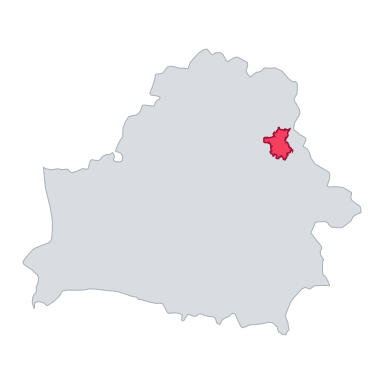 Orsha, Vitebsk, Belarus shown in context
{"feature_id": "67162791B52368794321360", "entity_name": "Orsha", "entity_type": "district", "adm_level": 2, "iso_a3": "BLR", "parent_name": "Belarus", "parent_adm1": "Vitebsk", "projection": "albers", "projection_center": [30.362, 54.544], "detail": "fine", "context": "in_parent", "style": "filled", "palette": "rose", "viewbox_px": 384, "rotation_deg": 0, "n_neighbors": 0, "source": "geoboundaries", "source_scale": "gbopen_adm2", "svg_char_len": 8554}
<svg xmlns="http://www.w3.org/2000/svg" viewBox="0 0 384 384"><path d="M329.5,285.7L322.7,285.4L314.5,285.7L310.0,289.0L305.0,287.4L301.4,289.3L293.4,298.1L290.3,302.9L287.3,310.2L285.4,315.6L286.5,319.4L288.0,322.9L288.3,326.6L289.1,329.6L287.1,331.8L285.9,334.9L282.4,334.3L278.2,331.4L277.3,327.0L274.0,324.0L271.9,322.5L268.4,322.2L262.7,323.6L255.3,324.6L249.8,324.8L246.7,326.3L242.2,327.8L240.5,326.0L238.1,321.0L236.1,316.1L234.8,314.0L233.6,313.4L232.1,313.5L230.3,315.0L229.0,316.5L224.3,318.3L222.2,320.0L219.9,324.4L218.4,324.0L216.8,323.0L215.2,317.9L212.8,316.7L208.9,316.5L204.1,315.3L200.2,313.7L198.8,314.0L196.4,316.1L193.9,316.3L188.4,314.2L187.3,315.0L183.9,320.4L182.4,320.7L181.6,319.9L182.3,315.1L179.1,313.3L173.7,312.8L169.9,313.4L168.0,313.1L167.1,312.1L162.9,303.9L160.4,303.2L156.0,303.4L149.6,302.1L142.3,299.9L138.2,299.0L136.2,297.1L131.6,296.2L119.5,292.1L114.6,291.1L107.2,290.6L96.0,289.1L88.8,288.9L85.3,289.8L81.4,290.2L68.0,290.1L63.2,290.6L61.6,292.1L59.7,295.7L53.7,301.6L47.9,305.4L46.9,305.7L44.0,303.1L41.4,302.1L38.4,301.6L36.1,302.1L34.7,303.0L34.4,308.0L34.0,308.4L32.2,302.3L32.9,297.0L34.5,294.1L36.4,291.5L36.1,287.4L38.2,282.1L38.6,278.2L38.1,276.5L37.0,274.4L33.8,271.9L32.4,270.1L28.0,267.3L23.6,264.1L23.0,262.3L23.4,261.1L24.4,259.4L28.4,254.5L32.7,249.8L35.4,248.0L48.9,242.7L51.1,240.6L51.9,236.7L52.4,228.9L52.3,221.7L51.8,216.7L50.2,207.3L45.4,187.6L43.4,167.4L45.9,168.8L51.8,169.8L56.7,168.9L59.2,169.0L61.3,169.6L67.7,169.1L69.1,171.0L71.7,172.8L77.4,171.0L82.5,168.6L87.5,169.3L88.3,168.0L90.1,161.1L91.8,159.7L97.7,160.8L100.0,159.7L102.6,156.4L106.3,154.5L109.3,154.8L112.5,152.6L113.9,154.3L114.5,157.2L113.3,159.5L113.6,160.4L115.7,161.7L119.4,161.9L121.8,161.1L122.4,159.8L122.6,157.4L122.1,155.1L120.7,153.1L117.9,151.9L115.9,151.7L115.6,150.5L116.5,147.9L118.6,143.2L121.1,138.9L122.5,137.4L122.8,135.9L122.8,133.2L123.0,128.4L125.4,121.8L128.4,117.0L132.0,115.6L136.3,115.0L139.2,112.8L140.8,110.1L142.2,105.8L143.6,105.0L153.9,106.2L155.7,101.9L156.6,100.8L158.6,99.6L160.1,98.1L159.6,96.9L157.1,96.0L150.9,95.0L149.8,93.5L150.3,91.8L152.1,87.5L154.0,81.9L155.1,77.5L155.3,74.9L156.2,74.2L161.2,73.6L162.9,72.8L167.5,67.0L170.8,66.1L179.2,68.1L183.0,68.1L187.9,68.7L188.3,68.1L190.3,62.2L198.9,52.9L203.5,49.8L206.3,49.1L207.3,49.3L211.5,54.5L212.6,54.8L215.6,52.7L220.7,52.7L223.0,54.5L226.3,60.8L228.0,61.6L233.1,58.2L235.9,57.1L237.7,57.2L247.0,62.1L247.6,63.7L247.7,65.5L246.1,71.1L248.0,74.6L250.3,77.0L255.2,73.2L257.0,72.1L259.0,72.1L261.6,70.7L263.5,68.5L265.3,67.8L268.8,68.3L275.0,67.8L282.3,71.2L283.0,72.3L286.6,76.3L287.9,78.2L289.1,78.9L291.1,80.8L293.7,82.0L295.5,81.6L296.4,82.3L297.2,83.8L297.3,86.4L297.1,93.9L294.5,97.8L294.1,99.2L294.3,100.8L296.4,104.0L299.1,109.0L299.8,111.9L299.8,114.1L296.1,120.5L294.9,122.0L294.1,125.2L293.7,128.4L293.9,129.7L300.2,134.8L304.9,137.5L305.9,138.8L306.0,139.7L303.6,145.2L303.4,146.6L307.1,148.9L309.2,152.4L311.1,158.2L314.8,163.8L328.2,171.7L329.4,173.1L329.8,174.9L329.5,178.7L327.2,186.0L329.5,187.1L335.4,186.6L342.6,187.4L351.4,192.3L351.5,194.6L350.6,196.7L351.3,198.9L352.3,200.8L360.0,206.3L360.7,207.9L361.0,210.7L360.8,212.8L358.8,213.3L356.5,214.3L352.8,216.9L351.4,220.4L345.4,225.4L341.6,227.7L338.6,227.8L331.3,227.0L328.8,224.7L327.7,222.6L324.9,221.6L321.2,221.6L316.1,222.1L315.1,222.7L314.3,225.4L312.2,230.0L310.7,232.6L317.3,241.5L320.6,245.2L321.7,247.4L321.7,249.1L320.2,251.0L320.5,254.8L323.7,259.8L322.7,260.7L322.5,266.9L322.6,273.5L323.5,275.1L325.2,276.4L326.7,278.8L329.3,284.2L329.5,285.7Z" fill="#d9dde1" stroke="#a8b0b8" stroke-width="1"/><path d="M292.5,151.3L292.6,150.8L292.7,150.4L292.7,150.1L292.3,149.8L292.0,149.7L291.6,149.4L291.4,149.1L291.2,148.6L290.9,148.1L290.7,147.8L290.4,147.6L290.0,147.5L289.8,147.7L289.5,147.7L289.3,147.5L289.0,147.2L288.9,147.0L288.8,146.8L288.8,146.5L289.0,146.4L289.1,146.2L289.1,145.9L288.9,145.5L288.7,145.2L288.6,144.7L288.5,144.4L288.3,144.2L288.0,144.0L287.9,143.7L287.8,143.3L287.8,143.1L287.8,142.8L287.7,142.6L287.5,142.4L287.3,142.4L287.0,142.6L286.6,142.7L286.2,142.7L285.8,142.2L285.7,141.7L285.8,141.0L285.7,140.7L285.4,140.6L285.2,140.6L285.0,140.4L284.9,140.2L285.0,139.7L285.2,139.1L285.8,138.9L286.1,138.7L286.4,138.4L286.4,138.1L286.0,137.9L285.7,137.8L285.6,137.6L285.7,137.4L285.9,137.4L286.1,137.4L286.3,137.4L286.8,137.4L287.0,137.2L287.3,136.7L287.5,136.5L287.7,136.2L287.9,135.9L288.0,135.7L288.0,135.3L287.9,135.0L287.8,134.7L287.9,134.4L287.8,134.0L287.6,133.6L287.6,133.2L287.6,132.8L287.7,132.4L287.8,132.1L288.1,131.6L288.6,131.1L289.0,130.7L289.3,130.3L289.5,130.1L289.6,129.8L289.7,129.4L289.9,128.8L289.6,128.9L289.3,129.1L289.1,129.2L288.9,129.3L288.6,129.4L288.4,129.5L288.0,129.8L287.7,129.9L287.3,129.9L287.0,129.9L286.9,129.8L286.7,129.7L286.4,129.5L286.3,129.4L286.1,129.3L285.9,129.6L285.6,129.8L285.5,129.7L285.4,129.6L285.4,129.4L285.2,129.1L284.9,129.0L284.8,129.4L284.8,129.6L284.8,129.9L284.9,130.2L284.8,130.4L284.5,130.5L284.2,130.4L283.9,130.2L283.6,130.0L283.3,129.8L283.0,129.7L282.8,129.6L282.7,129.6L282.3,129.7L281.9,129.7L281.6,129.8L281.2,129.8L280.9,129.7L280.6,129.6L280.4,129.5L280.1,129.3L279.9,129.2L279.7,129.0L279.6,128.7L279.5,128.3L279.4,128.0L279.4,127.8L279.3,127.6L279.1,127.5L278.9,127.4L278.6,127.5L278.3,127.7L278.3,128.1L278.4,128.4L278.5,128.6L278.4,128.9L278.3,129.1L278.2,129.2L278.1,129.3L277.9,129.5L277.8,129.9L277.7,130.2L277.6,130.3L277.5,130.5L277.3,130.6L277.0,130.7L276.7,130.8L276.5,131.0L276.6,131.3L276.8,131.6L276.8,131.9L276.7,132.1L276.5,132.3L276.3,132.4L275.9,132.6L275.6,132.7L275.3,132.6L275.1,132.6L274.8,132.4L274.7,132.2L274.3,132.2L274.1,132.3L273.9,132.7L274.0,133.0L273.9,133.3L273.5,133.5L273.4,133.8L273.2,134.0L273.3,134.3L273.4,134.6L273.7,134.8L274.0,135.0L274.4,135.5L274.5,135.8L274.7,136.0L274.9,136.4L274.9,136.5L274.6,136.6L274.4,136.4L274.2,136.2L273.8,136.1L273.5,136.2L273.3,136.3L273.0,136.6L272.7,137.0L272.3,137.3L272.0,137.3L271.8,137.4L271.6,137.4L271.2,137.3L270.9,137.3L270.5,137.4L270.2,137.5L269.9,137.6L269.6,137.8L269.1,138.0L268.9,138.0L268.7,138.1L268.4,138.0L268.2,137.8L268.0,137.5L267.8,137.4L267.6,137.3L267.3,137.3L267.2,137.4L267.0,137.7L266.8,137.9L266.6,138.1L266.3,138.2L266.2,138.0L266.2,137.9L266.2,137.6L265.9,137.5L265.7,137.5L265.2,137.5L264.8,137.5L264.4,137.6L264.2,137.9L264.1,138.1L264.0,138.3L263.8,138.5L263.8,139.0L263.9,139.3L264.0,139.6L264.0,139.8L263.9,140.1L263.9,140.3L264.1,140.5L263.9,140.9L263.8,141.2L263.9,141.6L264.0,142.0L264.2,142.3L264.6,142.4L265.3,142.6L265.9,142.6L266.3,142.6L266.8,142.6L267.3,142.5L267.5,142.3L267.8,142.2L268.2,142.1L268.6,142.1L268.8,142.1L268.8,142.3L268.6,142.5L268.4,142.8L268.4,143.1L268.6,143.2L268.8,143.1L269.0,143.0L269.3,143.0L269.5,143.2L269.6,143.6L270.0,144.0L270.5,144.0L270.7,144.5L270.7,145.0L270.7,145.4L270.7,145.8L270.8,146.1L271.0,146.3L271.5,146.3L271.7,146.2L271.9,146.2L272.1,146.3L271.9,146.6L271.6,146.8L271.3,147.0L270.9,147.1L270.7,147.3L270.7,147.9L270.8,148.5L271.0,149.0L271.3,149.5L271.5,150.1L271.8,150.5L271.6,150.8L271.2,151.1L270.8,151.1L270.4,151.2L270.2,151.5L270.2,152.0L270.4,152.6L270.6,153.1L270.9,153.4L271.1,153.3L271.7,153.6L271.9,154.0L272.2,154.2L272.5,154.3L273.1,154.4L273.1,154.7L273.3,154.9L273.2,155.2L273.1,155.4L273.0,155.7L273.0,156.0L273.3,156.1L273.6,156.1L273.8,155.9L274.0,155.6L274.1,155.3L274.1,154.9L274.2,154.6L274.4,154.2L274.8,154.2L275.0,154.5L275.3,154.8L275.7,154.8L275.9,154.8L276.1,154.7L276.4,154.7L276.7,155.1L276.8,155.3L276.9,155.6L276.8,155.9L276.7,156.2L276.5,156.5L276.4,156.8L276.2,157.2L276.0,157.6L276.0,158.0L276.6,158.4L277.1,158.5L277.4,158.5L277.9,158.5L278.2,158.5L278.7,158.5L278.8,158.2L279.0,157.7L279.1,157.2L279.3,156.8L279.7,156.7L280.1,156.9L280.6,156.9L280.9,156.6L281.0,156.1L281.0,155.9L281.5,155.8L281.8,156.2L282.2,156.8L282.3,157.0L282.5,157.4L282.7,157.6L283.4,157.8L283.6,158.0L283.5,158.5L283.4,158.8L283.4,159.1L283.4,159.4L283.7,159.4L283.8,159.4L284.0,159.2L284.4,159.3L284.5,159.6L284.7,159.8L284.8,159.9L285.1,159.8L285.2,159.6L285.2,159.2L285.5,158.8L285.8,158.5L286.3,158.2L286.5,157.8L286.4,157.2L286.3,156.9L286.3,156.6L286.4,156.2L286.8,156.0L287.5,155.8L287.8,155.5L287.9,155.2L288.0,154.9L287.8,154.6L287.6,154.4L287.2,154.2L286.9,153.9L286.8,153.5L287.0,153.4L287.2,153.2L287.7,153.1L288.4,153.0L288.8,153.0L289.3,152.9L289.6,152.8L290.0,152.6L290.3,152.3L290.4,151.9L290.3,151.7L290.2,151.4L290.3,150.9L290.5,150.5L290.7,150.4L291.0,150.4L291.4,150.5L291.8,150.7L292.2,150.9L292.4,151.1L292.5,151.3Z" fill="#f43f5e" stroke="#9f1239" stroke-width="1.5"/></svg>